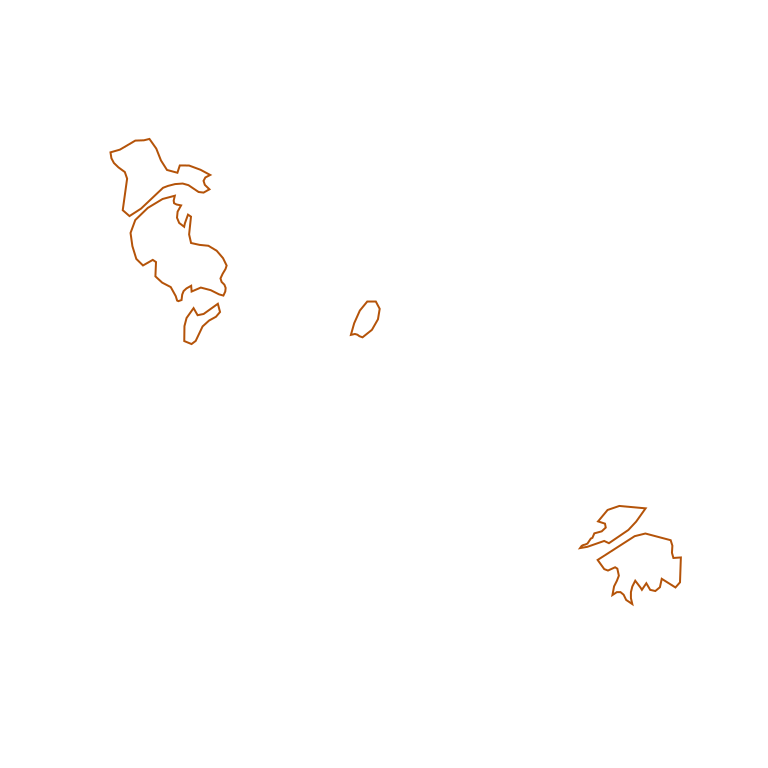 outline of Central, rotated 214°
{"feature_id": "SLB-1262", "entity_name": "Central", "entity_type": "Province", "adm_level": 1, "iso_a3": "SLB", "parent_name": "Solomon Islands", "parent_adm1": "", "projection": "natural_earth1", "projection_center": [159.827, -9.067], "detail": "fine", "context": "isolated", "style": "outline", "palette": "amber", "viewbox_px": 768, "rotation_deg": 214, "n_neighbors": 0, "source": "natural_earth", "source_scale": "10m", "svg_char_len": 2150}
<svg xmlns="http://www.w3.org/2000/svg" viewBox="0 0 768 768"><g transform="rotate(214 384 384)"><path d="M575.7,377.8L571.9,377.1L569.0,375.1L567.3,371.9L566.6,367.5L570.8,366.1L580.1,364.9L589.8,361.5L595.2,353.1L598.8,357.6L601.2,352.8L602.1,349.0L601.3,345.3L598.8,340.4L600.8,337.7L602.2,337.5L605.8,340.4L615.0,345.1L624.6,344.0L633.7,345.4L641.2,357.6L645.1,357.6L650.1,347.5L659.3,349.2L669.7,357.6L678.6,367.5L681.9,380.9L678.3,397.9L671.0,413.6L662.7,423.1L660.9,418.4L659.1,416.5L656.4,416.8L652.1,418.6L651.5,411.5L648.6,406.1L643.9,403.0L637.6,402.6L638.9,405.8L641.2,414.8L637.6,414.8L629.2,399.0L622.8,393.0L614.7,396.2L606.9,400.4L597.2,400.9L587.8,398.3L580.7,394.2L579.7,390.7L579.4,385.2L578.6,380.1L575.7,377.8ZM657.3,439.5L663.0,437.6L669.0,432.9L673.8,427.5L676.9,423.1L683.5,393.5L688.9,380.9L697.8,382.0L711.8,410.6L717.4,414.8L725.3,415.1L731.5,416.2L736.2,418.7L740.3,423.1L734.0,430.6L726.3,446.7L719.3,451.8L715.5,456.0L704.4,451.8L693.9,444.6L683.6,440.1L673.4,443.6L675.5,451.0L667.8,456.1L655.9,459.0L645.0,460.1L647.6,455.3L647.2,451.5L643.9,448.9L637.6,447.8L640.6,441.8L645.1,439.5L657.3,439.5ZM94.0,354.6L97.9,353.7L108.5,357.6L91.1,398.0L83.7,406.2L59.0,414.8L54.5,411.2L50.9,405.1L46.8,401.6L40.9,406.2L27.7,385.1L28.6,378.3L44.8,377.8L41.6,369.8L43.3,364.1L48.2,362.2L55.1,365.5L55.1,357.6L57.6,358.7L65.7,361.4L64.9,355.0L62.9,349.5L59.6,344.6L55.1,340.4L62.5,340.4L67.5,343.3L71.6,343.7L74.6,341.6L76.6,336.8L80.1,344.9L80.9,351.2L82.1,356.4L87.3,361.4L89.9,361.3L94.0,354.6ZM108.5,377.8L113.7,377.0L124.4,362.7L129.7,357.6L129.6,360.3L128.7,362.0L127.4,363.4L126.1,365.5L126.1,371.5L125.2,373.0L126.1,377.8L121.1,383.6L119.9,389.0L122.7,391.8L129.7,389.8L128.2,404.6L120.7,414.5L97.6,427.2L98.0,410.9L99.8,399.6L108.5,377.8ZM566.6,357.6L560.2,352.0L560.9,345.8L564.5,338.8L566.6,330.3L564.2,314.4L565.9,309.5L573.6,307.9L581.8,320.4L584.6,328.3L584.3,340.4L577.0,336.8L572.7,341.2L566.6,357.6ZM436.9,447.8L429.6,443.9L425.2,434.3L424.3,422.2L427.9,410.7L431.1,409.9L433.6,410.0L436.1,409.2L438.9,406.2L442.7,417.7L445.1,431.4L444.0,443.0L436.9,447.8Z" fill="none" stroke="#b45309" stroke-width="2"/></g></svg>